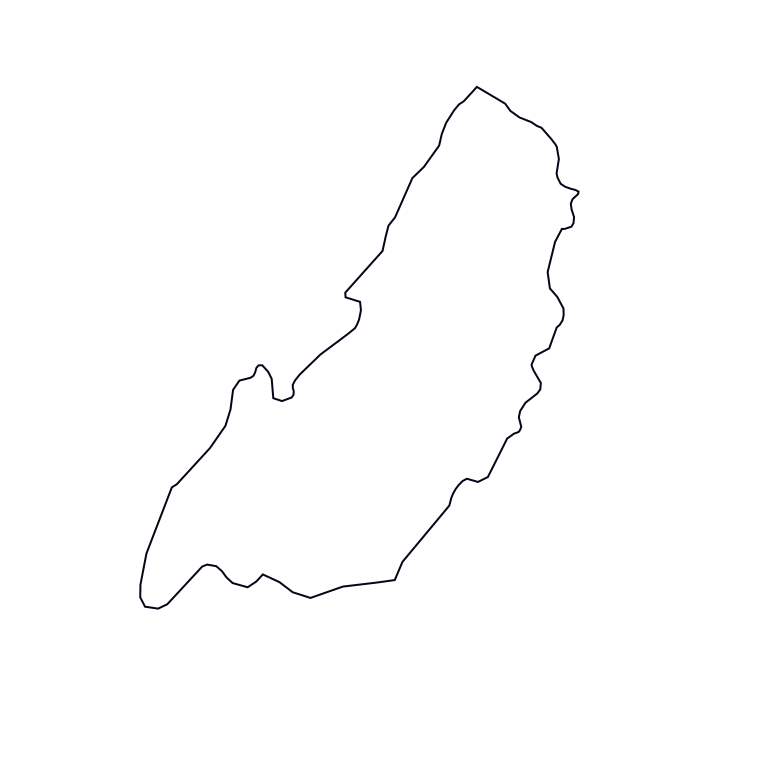 an SVG outline of Põlva, rotated 117°
{"feature_id": "EST-2347", "entity_name": "Põlva", "entity_type": "County", "adm_level": 1, "iso_a3": "EST", "parent_name": "Estonia", "parent_adm1": "", "projection": "robinson", "projection_center": [27.097, 58.038], "detail": "fine", "context": "isolated", "style": "outline", "palette": "ink", "viewbox_px": 768, "rotation_deg": 117, "n_neighbors": 0, "source": "natural_earth", "source_scale": "10m", "svg_char_len": 1715}
<svg xmlns="http://www.w3.org/2000/svg" viewBox="0 0 768 768"><g transform="rotate(117 384 384)"><path d="M553.8,285.4L563.8,299.7L583.2,328.7L608.0,352.4L611.0,370.8L608.0,387.3L608.7,405.5L618.0,408.1L627.0,413.2L630.1,428.5L627.8,436.6L624.3,443.5L622.5,450.8L625.2,459.6L629.2,463.1L678.6,477.1L686.7,483.3L690.9,495.8L684.8,504.3L673.4,509.9L642.9,518.7L572.5,526.1L572.1,525.9L567.4,523.1L520.2,510.0L493.3,506.3L476.4,509.2L457.8,515.8L446.6,514.4L439.1,505.8L435.9,504.0L432.0,504.1L427.8,505.0L424.4,504.3L422.6,500.9L425.8,492.6L430.4,486.4L446.9,476.2L445.5,467.1L438.0,460.2L434.7,459.7L431.3,461.2L429.1,463.3L426.2,464.9L421.3,464.9L413.9,463.4L386.5,454.0L355.2,438.6L347.4,435.2L343.0,435.0L337.7,435.5L328.8,438.0L321.7,442.6L324.2,457.6L320.2,460.0L266.1,445.7L252.7,449.2L240.9,451.9L230.5,449.8L187.6,452.2L172.5,447.0L146.5,443.1L135.1,446.0L122.9,447.2L108.4,445.8L100.8,444.1L95.9,441.3L77.1,436.1L79.2,403.3L83.3,395.4L85.0,384.3L83.8,371.7L84.6,365.0L84.2,360.0L89.6,346.6L92.8,339.8L94.4,337.6L104.2,330.3L118.1,325.8L121.4,323.0L125.4,317.5L126.0,312.2L125.3,306.5L124.2,301.5L124.3,298.0L126.6,297.3L133.7,299.9L138.6,299.4L143.3,296.1L149.0,290.4L154.6,288.2L158.7,288.4L163.8,293.4L165.1,295.9L179.7,296.1L210.0,289.0L223.5,279.6L227.7,269.2L235.2,258.4L241.0,255.2L246.1,253.8L251.7,254.3L255.1,255.8L277.2,253.0L290.0,261.9L299.8,261.3L301.4,260.0L304.1,256.8L311.9,244.7L317.8,242.3L322.8,243.1L336.6,249.5L346.4,250.4L352.5,248.7L359.9,242.2L363.7,241.9L365.8,242.4L369.3,245.7L376.7,249.5L419.7,249.2L428.6,255.8L430.8,267.2L434.8,269.9L440.1,271.6L445.3,272.5L450.5,272.7L454.9,272.3L462.7,270.6L534.1,286.8L553.8,285.4Z" fill="none" stroke="#020617" stroke-width="2"/></g></svg>